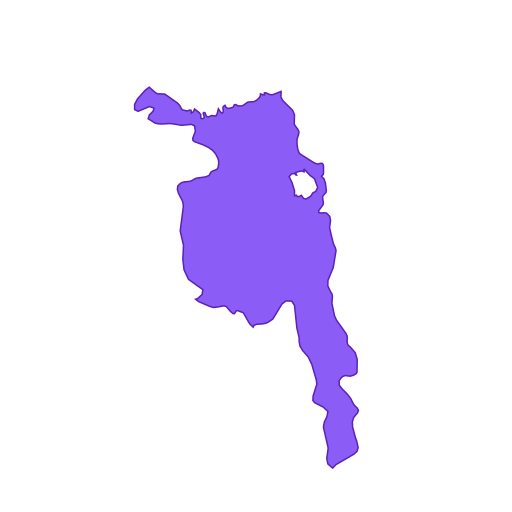 the Region of Tashkent, rotated 115°
{"feature_id": "UZB-372", "entity_name": "Tashkent", "entity_type": "Region", "adm_level": 1, "iso_a3": "UZB", "parent_name": "Uzbekistan", "parent_adm1": "", "projection": "orthographic", "projection_center": [69.658, 41.236], "detail": "fine", "context": "isolated", "style": "filled", "palette": "violet", "viewbox_px": 512, "rotation_deg": 115, "n_neighbors": 0, "source": "natural_earth", "source_scale": "10m", "svg_char_len": 4890}
<svg xmlns="http://www.w3.org/2000/svg" viewBox="0 0 512 512"><g transform="rotate(115 256 256)"><path d="M415.4,96.7L415.8,96.9L414.1,103.0L409.6,106.3L399.6,109.4L382.6,122.6L377.5,123.9L371.5,123.8L366.5,125.2L364.5,131.2L364.2,140.7L362.9,143.4L358.7,145.1L346.5,146.7L342.8,149.0L330.8,159.5L325.5,165.9L322.0,173.7L319.1,178.0L315.5,180.6L311.5,182.6L304.2,188.4L284.4,200.3L281.8,204.6L284.1,209.9L288.6,212.2L306.0,214.1L310.7,216.9L312.8,218.7L314.6,221.1L317.7,226.7L319.6,228.5L321.7,228.5L320.4,232.4L319.2,234.5L313.3,242.7L312.9,243.6L312.8,244.8L313.1,246.7L313.2,249.2L313.6,250.1L314.0,250.7L317.4,251.1L317.9,252.5L317.3,254.8L317.0,255.8L314.7,260.8L314.4,261.8L314.5,262.9L314.8,264.0L315.6,265.3L318.1,268.7L320.7,272.9L321.2,276.5L321.6,288.7L320.7,292.5L319.2,290.9L313.6,288.6L309.0,289.9L305.7,307.3L298.9,315.4L289.9,320.9L277.0,326.2L265.3,335.3L242.3,342.6L239.6,344.0L237.1,346.1L231.9,352.8L228.9,355.4L225.6,356.5L221.7,355.0L220.2,353.6L218.9,351.9L216.6,348.0L215.2,346.3L212.1,344.2L210.6,342.9L205.7,335.3L202.9,332.6L199.0,332.3L197.0,331.0L195.5,329.4L193.8,328.0L191.6,327.8L187.5,329.1L185.5,330.2L183.7,331.7L180.5,335.8L178.6,340.0L177.7,345.0L177.6,351.0L178.4,359.8L177.9,362.0L176.1,363.1L168.5,363.7L164.0,366.7L164.0,370.1L169.0,378.7L171.6,388.0L172.8,390.9L176.0,396.8L177.4,400.0L178.2,403.6L177.2,411.7L173.2,412.3L168.4,410.5L165.1,410.9L165.6,415.7L174.7,424.0L174.6,427.9L169.9,430.1L163.7,429.8L152.4,426.4L148.1,424.1L148.8,421.9L150.6,415.4L150.4,413.0L149.6,411.6L147.8,407.1L150.5,392.0L150.9,390.9L151.6,389.2L152.3,388.0L154.1,385.7L154.6,384.3L154.4,382.8L154.0,381.4L153.8,380.0L153.0,379.0L151.7,377.7L151.4,376.4L153.8,375.1L152.7,374.2L151.4,373.8L150.1,373.7L148.7,373.8L150.1,367.9L151.3,365.7L154.5,364.3L154.4,363.1L153.7,361.9L152.5,361.4L151.3,362.1L150.0,363.4L148.8,364.3L147.8,363.7L147.9,362.5L149.9,360.5L150.4,359.1L149.8,357.6L147.5,355.7L146.1,351.5L143.8,351.3L138.5,352.3L140.5,349.0L141.0,347.3L139.8,346.6L137.9,347.2L136.2,348.4L134.4,348.9L132.5,347.8L134.2,345.6L133.9,343.4L132.5,341.4L130.9,339.8L130.0,339.5L129.1,339.6L128.2,339.6L127.4,338.7L127.3,338.0L127.5,336.1L127.4,335.4L126.2,332.7L125.5,331.8L124.1,330.8L120.8,329.0L120.0,328.4L119.1,327.1L117.7,324.3L116.6,322.8L114.7,321.4L112.0,320.2L109.3,319.7L107.2,320.5L106.9,317.6L106.5,316.5L106.0,316.5L104.9,317.4L104.2,316.9L103.9,315.7L103.8,311.8L103.4,310.2L102.4,308.7L96.2,302.8L97.3,302.3L101.2,300.7L102.5,299.2L103.7,297.6L106.1,291.1L108.4,284.5L110.1,282.6L111.9,280.7L116.1,278.9L120.4,277.0L122.0,274.4L123.5,271.7L124.3,270.7L125.2,269.6L126.4,269.2L127.7,268.8L130.4,268.5L133.0,268.1L135.3,267.0L137.5,266.0L139.7,264.5L141.8,263.1L142.8,262.0L143.9,261.0L144.4,260.1L144.9,259.1L145.9,251.3L146.9,243.5L146.9,242.1L146.9,240.8L146.7,239.8L146.5,238.8L146.4,238.5L146.2,238.2L145.9,238.0L145.6,237.8L145.0,237.1L144.5,236.3L144.3,235.7L144.1,235.0L144.4,234.4L144.7,233.8L145.2,233.4L145.7,233.0L148.6,231.6L151.5,230.2L152.6,229.8L153.8,229.5L154.9,230.0L156.1,230.4L156.7,228.7L157.3,227.0L158.9,225.5L160.4,224.0L163.8,221.9L167.1,219.8L168.1,219.6L169.1,219.4L170.9,220.1L172.8,220.7L173.7,220.6L174.6,220.5L177.0,219.0L179.3,217.4L180.2,217.2L181.2,216.9L184.8,217.6L188.5,218.3L189.2,217.9L190.0,217.5L189.9,216.6L189.8,215.8L188.8,213.9L187.8,212.0L187.6,211.1L187.3,210.2L188.1,208.1L188.9,205.9L190.6,204.7L192.2,203.5L195.7,202.4L199.2,201.3L205.5,196.4L211.7,191.4L213.5,189.4L215.3,187.3L216.3,186.5L217.4,185.7L225.6,183.4L233.9,181.1L240.8,180.8L247.6,180.5L250.2,179.4L252.7,178.3L254.6,176.1L256.4,173.9L257.3,172.6L258.1,171.3L259.0,170.6L260.0,169.8L263.4,168.5L266.8,167.2L271.9,163.4L277.0,159.6L278.5,157.8L280.1,156.0L284.2,148.7L288.3,141.5L289.2,140.6L290.0,139.6L291.1,139.0L292.1,138.4L293.2,138.0L294.3,137.6L295.3,137.1L296.3,136.5L297.1,135.7L297.9,134.8L298.3,133.3L298.7,131.9L300.2,128.5L301.7,125.2L304.3,122.9L306.9,120.6L312.9,117.9L318.8,115.3L319.7,115.5L320.6,115.6L321.7,116.4L322.8,117.2L323.8,118.3L324.8,119.4L325.3,120.4L325.7,121.5L326.2,123.1L326.6,124.6L327.6,125.5L328.5,126.5L329.8,127.0L331.1,127.5L332.5,127.7L334.0,127.9L335.9,126.9L337.8,126.0L339.1,123.6L340.3,121.1L341.4,118.1L342.5,115.1L343.9,112.4L345.3,109.7L347.0,107.6L348.6,105.6L349.3,104.4L349.9,103.3L350.4,101.8L350.9,100.3L351.7,99.1L352.6,97.9L354.0,97.8L355.5,97.7L358.3,98.5L361.2,99.2L363.5,98.9L365.8,98.5L368.0,97.3L370.3,96.1L374.4,92.6L378.5,89.2L381.1,86.6L386.4,82.5L390.3,81.9L394.2,83.5L411.5,95.5L415.4,96.7ZM170.2,259.4L174.1,254.5L180.4,248.8L185.1,246.5L183.8,245.1L184.7,243.6L183.5,241.7L181.8,240.6L183.7,237.3L183.2,234.7L178.7,231.7L174.9,231.2L172.0,229.1L167.8,229.1L161.2,235.7L160.2,240.9L157.0,248.9L157.3,249.2L159.4,248.0L159.6,250.1L160.5,251.9L163.6,255.4L165.5,253.4L165.7,254.1L164.9,255.7L166.5,258.5L170.2,259.4Z" fill="#8b5cf6" stroke="#5b21b6" stroke-width="1.5"/></g></svg>